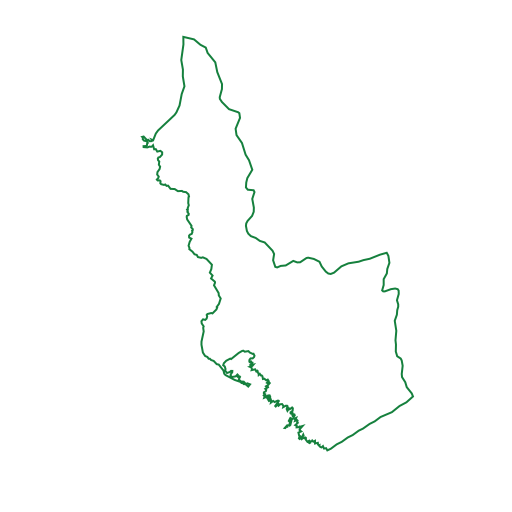 the district of Sabana de la Mar, Hato Mayor, Dominican Republic, rotated 227°
{"feature_id": "3306468B29734552826956", "entity_name": "Sabana de la Mar", "entity_type": "district", "adm_level": 2, "iso_a3": "DOM", "parent_name": "Dominican Republic", "parent_adm1": "Hato Mayor", "projection": "equal_earth", "projection_center": [-69.405, 19.01], "detail": "fine", "context": "isolated", "style": "outline", "palette": "green", "viewbox_px": 512, "rotation_deg": 227, "n_neighbors": 0, "source": "geoboundaries", "source_scale": "gbopen_adm2", "svg_char_len": 6097}
<svg xmlns="http://www.w3.org/2000/svg" viewBox="0 0 512 512"><g transform="rotate(227 256 256)"><path d="M412.1,259.1L411.4,259.0L411.1,258.1L412.5,256.5L414.2,256.5L414.2,255.9L416.3,255.3L420.0,255.3L420.7,254.0L419.7,254.0L418.6,252.8L416.7,252.8L414.6,254.3L412.5,254.0L412.5,253.1L411.4,251.8L411.4,250.6L413.0,248.7L412.3,248.1L409.5,250.6L408.6,252.8L407.4,253.7L407.0,254.7L407.2,256.2L403.5,254.3L402.5,255.6L399.7,255.0L398.1,257.8L395.8,258.1L394.2,256.5L393.9,253.1L394.6,251.8L394.2,250.6L392.8,249.7L391.1,249.7L389.0,247.2L386.7,246.8L385.3,244.7L384.6,241.2L383.0,239.3L380.4,239.0L379.7,237.8L379.5,235.6L378.3,235.6L376.9,237.2L375.8,237.2L374.4,235.6L373.2,235.6L370.7,237.2L370.2,238.4L368.3,238.4L367.4,239.7L363.4,239.3L360.4,242.2L356.7,243.1L354.1,246.2L352.7,246.5L350.4,248.4L347.2,248.7L345.1,247.5L345.1,246.8L340.9,242.5L339.0,241.5L337.6,238.7L336.7,238.1L336.9,237.2L335.3,236.8L335.1,235.9L332.7,235.6L332.0,234.7L332.5,232.8L331.8,231.9L329.7,230.6L322.0,229.4L321.1,228.1L318.8,228.1L318.1,227.5L318.1,226.5L316.9,225.9L316.0,224.0L316.7,222.2L316.5,220.9L315.1,219.7L312.7,220.6L311.6,217.2L309.5,213.7L307.2,212.8L306.5,211.9L302.5,212.5L299.2,212.2L297.2,213.4L294.8,212.8L292.0,214.7L291.3,216.2L287.6,217.8L279.7,217.8L276.9,214.4L275.3,210.9L271.3,210.9L270.2,207.8L265.3,208.4L264.4,207.8L263.2,205.3L254.4,203.4L252.5,201.9L249.0,201.2L246.2,196.2L245.5,192.5L244.8,192.5L243.9,190.6L243.7,185.0L244.8,184.4L246.7,180.9L246.5,179.7L245.1,179.1L243.9,177.2L243.9,175.3L245.8,174.1L245.5,171.6L243.7,170.3L240.2,169.7L239.5,168.4L236.5,166.3L230.6,157.8L228.3,155.6L221.6,151.3L217.6,150.6L215.3,151.6L213.2,151.3L212.3,152.2L210.6,152.2L208.1,153.5L203.7,153.5L202.0,154.7L194.4,154.1L191.6,152.5L189.7,152.5L179.9,155.9L174.4,158.8L173.0,158.8L172.0,159.7L170.6,159.7L169.5,160.9L165.8,161.3L166.2,164.1L168.8,162.8L169.2,161.3L172.5,161.3L174.4,159.4L175.8,159.4L176.2,158.8L177.6,159.4L178.5,161.9L179.2,161.9L179.9,160.3L180.9,160.3L181.3,161.6L182.0,161.6L181.8,159.1L183.9,155.9L186.0,155.9L186.7,156.9L187.2,159.4L188.1,160.3L189.0,159.4L189.0,157.8L190.2,155.0L193.4,155.3L194.1,156.6L196.5,157.8L198.5,157.5L199.5,159.4L199.7,162.8L198.5,167.2L197.6,167.5L196.9,177.2L196.0,181.2L195.3,182.2L193.7,182.5L191.6,185.6L189.7,185.6L186.5,186.9L186.2,187.5L184.1,186.9L183.4,185.6L183.4,183.7L184.8,182.2L184.6,180.6L183.7,179.4L182.7,179.4L182.0,181.2L182.0,179.4L180.4,180.6L179.7,179.7L180.2,179.1L180.2,177.5L179.7,177.5L178.3,180.0L178.1,178.4L179.2,175.9L177.6,176.6L176.0,175.9L175.5,175.0L173.7,178.1L171.6,177.5L171.3,178.7L170.6,178.7L170.4,177.8L168.3,177.8L167.2,176.9L167.2,178.4L165.3,178.1L164.8,178.7L163.7,178.7L161.3,177.2L160.6,178.4L158.1,178.7L157.6,180.3L156.0,180.0L155.8,177.5L154.8,177.8L154.4,179.4L153.7,179.4L153.4,176.9L153.9,174.4L153.2,174.4L152.7,175.6L151.8,175.3L152.5,172.2L151.1,172.2L150.4,170.9L150.9,168.8L150.2,168.1L148.8,168.4L148.8,166.6L147.4,166.6L146.7,165.3L146.2,166.6L147.2,167.8L146.0,167.8L145.8,169.7L144.8,170.9L143.9,170.6L144.4,169.1L144.1,167.2L143.4,167.2L143.0,168.4L142.5,166.9L141.1,166.6L140.6,167.8L141.3,169.1L139.7,168.4L138.6,166.9L138.3,169.7L136.5,170.0L135.5,173.1L134.8,173.8L134.4,173.8L133.2,167.8L132.5,167.8L132.7,171.6L132.3,171.6L132.0,170.3L131.1,170.3L131.1,172.5L129.9,174.1L127.6,173.8L126.9,172.8L126.2,175.6L125.3,176.6L124.6,176.6L123.2,174.1L121.3,173.4L121.6,174.7L122.3,174.7L122.3,176.2L120.9,176.2L120.6,179.1L119.5,179.1L117.8,177.2L118.1,174.7L117.6,174.1L117.2,174.1L117.2,175.6L116.2,175.6L116.0,174.7L114.8,175.3L114.8,174.1L114.1,173.8L113.7,175.9L113.0,175.6L112.7,173.8L111.6,172.8L110.9,172.8L110.2,175.0L108.8,172.2L108.1,174.1L107.2,174.1L106.5,172.8L105.5,172.8L105.5,169.4L104.1,170.0L103.0,168.8L101.6,170.6L101.6,171.6L100.9,172.2L99.9,171.6L100.4,173.1L99.9,174.1L99.5,169.7L98.8,169.1L96.9,169.4L97.9,166.6L95.1,165.0L94.4,165.3L93.4,163.1L92.5,163.1L92.5,166.9L93.2,168.8L92.3,168.4L92.0,166.6L91.3,165.9L91.6,164.4L90.9,164.4L90.9,166.3L89.9,166.9L89.9,168.1L89.5,168.4L88.8,168.4L87.9,167.2L85.1,166.9L84.6,169.1L83.9,169.1L84.4,167.2L82.7,167.5L82.5,168.4L83.2,169.1L82.5,170.6L82.7,171.3L81.1,171.3L80.6,173.1L78.6,171.3L77.2,173.8L75.8,172.8L74.6,172.8L74.4,173.4L73.9,172.8L72.5,172.8L71.3,173.4L71.3,175.3L68.8,174.4L67.6,176.2L65.2,175.6L64.0,179.3L63.2,186.6L61.6,192.0L60.7,199.3L59.1,204.6L58.2,212.0L56.8,216.5L55.7,224.6L54.1,230.0L53.3,237.3L49.1,248.9L48.4,258.7L46.4,266.2L46.2,275.0L49.3,276.2L57.3,276.8L61.9,279.1L67.8,280.2L70.3,282.1L75.7,288.4L80.2,291.3L82.3,291.9L86.4,290.9L90.8,293.1L95.7,297.9L99.2,300.5L105.6,307.6L114.0,313.3L117.0,319.0L120.1,322.4L121.9,325.4L123.6,327.0L127.5,328.9L130.9,334.5L133.4,336.7L135.1,337.0L137.3,335.6L139.7,332.1L142.3,326.0L143.4,324.9L144.8,324.8L147.7,329.6L152.0,333.6L154.0,339.8L157.0,343.2L160.0,348.9L165.8,352.9L169.2,353.8L172.4,347.6L176.4,337.3L179.7,331.8L181.8,327.2L187.6,318.6L190.2,311.4L190.6,301.7L191.9,298.4L193.9,296.9L197.0,296.4L203.5,296.9L208.5,298.5L214.4,296.3L219.2,293.0L220.1,291.5L221.3,284.0L223.2,281.8L227.0,279.9L228.8,271.3L231.9,267.3L233.2,263.7L234.9,262.7L241.2,265.6L245.1,270.6L248.6,271.7L260.0,271.6L264.4,269.1L269.4,268.1L274.0,265.8L277.6,265.6L280.5,266.4L284.9,269.2L286.5,271.1L287.4,273.8L288.0,280.5L289.9,284.5L292.8,287.4L300.3,292.2L303.8,298.5L305.7,299.1L310.1,295.2L313.0,295.4L316.4,299.0L318.9,302.8L321.6,312.1L330.8,316.2L337.2,317.5L348.2,322.8L357.7,324.2L363.0,327.9L367.9,338.5L371.8,341.2L373.3,341.0L381.8,336.4L391.8,336.1L395.5,336.7L396.9,337.8L401.3,344.9L404.9,348.4L416.9,353.1L425.4,358.3L437.5,359.1L442.7,361.4L448.4,359.4L456.7,358.4L465.8,352.3L460.2,347.2L450.3,335.0L442.2,329.7L437.3,325.0L428.9,319.4L425.1,312.1L418.2,302.7L415.3,295.7L414.7,292.7L414.6,270.0L413.9,266.3L410.8,259.7L412.1,259.1ZM113.0,167.5L112.3,167.5L112.5,169.1L112.0,170.9L112.5,171.3L114.1,170.6L113.0,167.5ZM109.7,165.0L109.0,165.0L109.0,165.9L110.9,168.8L110.9,167.2L109.7,165.0ZM110.6,159.7L110.2,160.0L110.4,161.6L109.7,162.5L110.4,163.8L110.9,163.4L110.6,159.7Z" fill="none" stroke="#15803d" stroke-width="2"/></g></svg>